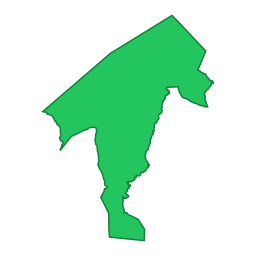 outline of Florida, Copán, Honduras
{"feature_id": "27666195B95535378381933", "entity_name": "Florida", "entity_type": "district", "adm_level": 2, "iso_a3": "HND", "parent_name": "Honduras", "parent_adm1": "Copán", "projection": "albers", "projection_center": [-88.794, 15.139], "detail": "fine", "context": "isolated", "style": "filled", "palette": "green", "viewbox_px": 256, "rotation_deg": 0, "n_neighbors": 0, "source": "geoboundaries", "source_scale": "gbopen_adm2", "svg_char_len": 5820}
<svg xmlns="http://www.w3.org/2000/svg" viewBox="0 0 256 256"><path d="M59.9,150.7L69.9,138.1L71.7,136.1L72.6,135.9L76.2,134.1L78.9,133.0L80.0,132.3L81.5,131.6L82.6,130.9L85.7,129.7L86.8,129.5L88.1,128.7L89.1,128.0L89.8,127.7L91.7,127.3L94.5,127.4L94.9,127.2L95.3,127.3L95.8,127.6L96.0,128.1L96.7,131.2L96.4,132.1L96.4,132.7L95.8,133.9L95.7,135.7L95.6,137.2L95.4,138.1L95.1,138.9L95.2,140.4L95.4,142.5L95.8,144.4L95.9,144.6L97.0,145.7L97.3,146.2L97.1,147.2L97.1,147.8L97.3,148.3L97.4,149.2L97.3,149.8L97.5,151.7L97.6,151.9L97.9,152.2L98.2,152.8L98.2,153.5L98.1,154.8L98.6,156.1L98.5,158.4L98.7,161.4L98.5,162.2L98.1,163.6L98.0,164.5L98.1,165.3L98.4,166.0L98.9,166.7L99.1,167.1L99.2,167.6L99.2,168.2L100.0,169.0L100.3,169.5L101.3,171.3L101.6,172.4L102.6,174.4L103.3,177.5L103.7,178.7L104.1,180.3L104.8,181.4L104.6,182.7L104.8,184.3L105.1,185.5L105.4,185.8L106.9,186.5L107.3,186.9L107.0,187.4L106.1,188.6L104.9,188.5L104.7,188.6L104.5,188.8L104.4,189.6L104.5,190.3L100.8,197.4L108.8,213.4L108.9,229.4L109.5,237.1L144.4,240.6L144.6,229.4L138.2,219.4L130.5,215.5L128.9,215.2L128.6,215.0L127.8,213.9L127.4,213.5L126.7,212.8L126.0,212.6L125.0,212.6L124.5,212.4L124.1,212.6L124.4,211.5L124.3,210.8L124.0,209.4L122.8,206.0L122.9,202.1L123.0,201.2L123.2,200.1L122.8,198.2L122.7,197.4L122.8,196.9L122.9,196.6L123.2,196.6L123.8,197.2L123.9,197.5L124.0,197.9L124.1,198.2L124.6,198.4L125.2,198.4L126.0,198.3L126.5,198.1L127.2,197.6L127.9,197.3L128.6,196.5L128.7,196.3L128.7,196.1L128.3,195.5L127.1,194.5L125.5,193.6L125.3,193.4L125.3,193.2L125.6,192.7L127.1,191.5L127.4,191.1L127.5,190.7L127.2,189.8L127.2,188.8L128.7,188.3L129.0,188.1L129.2,187.9L129.2,187.5L129.2,187.2L129.0,186.7L128.5,186.1L128.4,185.9L128.5,185.6L128.8,185.4L129.2,185.5L129.4,185.7L129.6,186.1L129.9,186.3L130.2,186.2L130.4,185.9L130.4,185.3L130.2,185.0L130.1,184.8L129.9,184.9L129.4,185.1L128.9,185.3L128.7,185.2L128.4,185.0L128.2,184.6L128.1,184.3L128.3,183.8L128.7,183.1L128.8,182.7L127.5,182.9L127.1,182.4L127.1,182.0L127.2,181.8L127.4,181.7L128.1,181.6L128.7,181.3L129.2,181.4L129.8,181.7L130.2,181.8L130.6,181.8L131.3,181.6L132.2,181.3L133.2,180.4L133.9,180.3L134.6,179.9L134.9,179.6L134.9,179.2L134.8,178.8L134.4,177.9L134.3,177.5L134.5,177.4L136.1,177.5L136.5,177.4L136.6,177.2L136.3,176.3L136.1,175.7L136.2,175.3L136.5,175.2L137.0,175.3L137.5,175.4L138.1,175.8L138.7,175.9L139.1,175.9L139.5,175.7L139.9,175.4L140.5,174.4L140.9,174.0L141.1,173.2L141.1,172.5L141.2,172.3L141.4,172.2L141.7,172.2L142.5,172.6L143.0,172.6L143.5,172.3L144.0,171.7L144.5,171.7L144.8,171.5L146.6,169.4L147.0,168.5L147.2,167.7L147.4,167.7L147.7,167.8L147.9,167.7L148.4,167.4L148.4,167.2L148.1,166.3L147.7,165.6L147.7,165.4L147.8,165.3L148.4,165.4L149.3,165.3L149.3,165.1L148.2,163.7L148.1,163.2L148.0,162.6L147.9,162.3L147.2,161.4L146.3,160.5L145.8,159.5L145.6,158.7L145.7,158.1L145.3,157.2L145.3,156.8L145.1,156.0L145.3,155.5L145.3,154.7L145.5,154.0L145.5,153.5L145.9,152.9L145.9,152.5L145.9,152.3L146.3,152.0L146.1,151.5L146.1,151.3L146.5,151.0L146.8,150.6L147.5,150.3L147.6,150.1L147.5,149.7L148.3,149.2L148.6,147.2L148.8,146.8L148.9,146.0L149.3,145.6L149.9,143.8L150.4,142.9L150.4,142.0L150.4,141.6L150.3,141.3L150.2,140.9L150.6,139.3L151.2,138.1L151.5,136.7L152.0,135.9L152.1,135.0L153.1,134.3L153.4,133.8L153.4,133.3L153.3,132.8L152.7,131.7L152.7,131.4L152.8,131.2L153.7,131.4L153.8,131.4L153.8,130.5L154.3,129.6L154.2,129.2L153.9,128.8L153.8,128.4L153.9,127.9L154.3,127.3L154.3,125.0L154.6,124.1L154.9,123.4L155.8,123.1L156.3,122.5L156.6,122.4L156.8,122.1L156.9,121.9L157.3,120.7L157.5,120.2L157.9,119.8L158.5,119.3L158.9,118.6L159.0,118.2L158.7,117.7L158.5,117.2L158.3,115.6L158.4,115.2L158.5,115.0L159.0,114.9L159.6,114.7L159.8,114.4L159.8,113.9L160.1,113.6L161.1,113.3L161.3,113.1L161.4,112.7L162.0,112.0L162.0,111.2L162.2,110.8L162.2,110.3L162.0,109.8L161.6,109.2L161.4,108.5L161.4,107.7L161.6,107.5L162.1,107.4L162.0,106.4L162.1,104.6L162.8,102.6L162.9,101.8L162.9,100.8L163.0,100.7L163.3,101.1L163.5,100.6L163.7,100.3L164.6,99.4L164.9,99.0L165.2,98.8L165.3,98.6L165.1,98.2L165.3,98.2L165.5,98.0L165.1,97.1L165.1,96.9L165.4,96.1L165.7,95.4L166.0,95.2L166.3,95.1L167.6,95.0L167.6,94.8L167.5,94.7L168.1,94.3L168.2,94.1L168.0,93.3L168.2,93.2L168.6,93.3L169.1,93.3L169.4,93.2L169.6,92.9L169.5,92.5L169.1,91.7L169.1,91.3L169.2,91.0L169.1,90.9L168.1,90.7L168.0,90.3L167.6,90.2L167.8,89.8L167.5,89.4L167.2,89.5L166.7,89.5L166.4,89.3L166.3,88.9L166.4,88.4L166.9,87.3L177.9,86.8L178.4,88.8L179.2,91.2L179.5,92.4L180.6,94.1L181.5,95.8L181.6,96.1L182.2,96.9L182.9,97.4L183.7,97.9L184.9,98.2L186.2,98.7L188.8,100.0L190.6,101.4L191.1,101.5L193.7,102.8L194.6,103.1L195.9,103.4L197.0,103.8L199.0,105.0L201.3,105.6L202.9,105.9L203.9,106.4L205.1,106.8L206.0,106.9L207.6,106.9L204.8,98.5L205.3,97.2L205.3,96.8L205.2,96.3L204.7,95.3L204.7,94.4L204.3,93.8L204.2,93.4L204.3,93.2L204.6,93.0L205.0,92.6L205.3,91.8L206.1,91.2L206.8,89.7L207.2,89.5L207.9,89.3L208.5,89.0L208.9,87.8L209.3,87.1L210.5,86.2L210.8,85.8L211.1,85.3L211.1,84.3L211.4,83.6L211.7,83.4L212.0,83.3L213.1,83.6L213.3,82.5L213.0,81.9L212.7,81.5L212.4,81.3L212.1,80.7L211.8,80.8L211.5,81.2L211.1,81.2L210.4,80.4L209.3,79.7L209.1,79.2L209.0,78.7L208.4,78.3L206.9,76.6L206.5,76.2L206.0,74.8L205.8,74.2L205.5,74.1L205.0,74.0L204.6,73.9L202.8,73.0L202.5,72.7L200.7,72.0L200.4,71.8L200.2,71.2L199.8,70.8L199.5,70.7L198.5,70.5L198.1,70.2L197.9,70.1L205.8,51.1L177.8,21.3L172.0,15.4L110.2,53.5L42.7,111.6L43.7,112.0L45.3,112.0L46.3,112.3L46.8,113.0L47.3,114.2L47.7,114.4L50.1,114.8L51.6,115.5L52.8,116.8L53.7,118.3L54.3,119.9L55.1,121.5L55.9,121.9L56.6,122.7L57.0,123.7L57.3,124.9L58.1,125.0L58.7,125.3L59.8,127.1L60.6,128.2L60.6,128.6L60.3,129.7L60.2,130.5L60.5,132.7L60.7,135.9L60.3,136.7L59.6,137.4L59.6,138.2L60.2,140.2L61.0,140.8L62.5,141.5L63.1,142.1L59.9,150.7Z" fill="#22c55e" stroke="#15803d" stroke-width="1.5"/></svg>